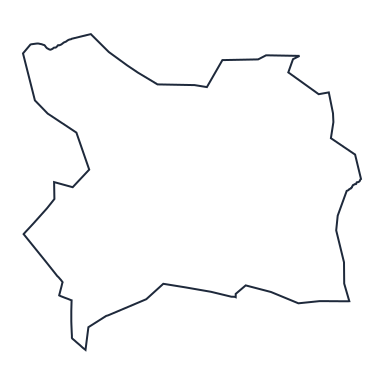 Tolbo, Bayan-Ölgiy, Mongolia (Albers equal-area conic projection)
{"feature_id": "93677404B88503243621788", "entity_name": "Tolbo", "entity_type": "district", "adm_level": 2, "iso_a3": "MNG", "parent_name": "Mongolia", "parent_adm1": "Bayan-Ölgiy", "projection": "albers", "projection_center": [90.293, 48.38], "detail": "fine", "context": "isolated", "style": "outline", "palette": "slate", "viewbox_px": 384, "rotation_deg": 0, "n_neighbors": 0, "source": "geoboundaries", "source_scale": "gbopen_adm2", "svg_char_len": 2110}
<svg xmlns="http://www.w3.org/2000/svg" viewBox="0 0 384 384"><path d="M85.5,349.9L88.4,327.2L106.2,315.9L108.0,315.4L146.3,299.2L163.3,283.8L185.6,287.4L211.0,291.8L231.3,296.7L234.7,296.8L235.7,297.2L235.7,293.9L245.7,285.4L271.0,292.0L298.4,303.3L319.8,301.1L347.9,301.3L349.3,301.2L344.2,283.6L344.0,262.3L336.2,230.4L337.7,215.7L346.7,190.9L347.6,190.5L348.3,190.2L348.8,189.8L349.0,189.4L349.3,189.2L349.7,189.0L350.4,188.6L350.8,188.5L351.0,188.3L351.1,187.9L351.6,187.7L351.9,187.4L352.1,186.5L352.4,186.1L352.8,185.6L352.9,185.2L353.3,185.1L353.8,184.8L354.1,184.6L354.4,184.3L354.9,184.1L355.5,184.1L355.9,184.1L356.2,183.9L356.3,183.5L356.4,183.0L356.5,182.8L356.7,182.4L357.1,182.2L357.8,182.2L358.3,182.1L358.7,181.8L359.2,181.6L359.8,180.9L360.1,180.1L360.3,179.6L361.0,179.0L355.1,154.6L330.9,138.2L333.4,122.1L333.0,113.3L328.8,92.4L318.7,94.2L288.3,72.4L293.0,59.2L299.5,55.9L266.1,55.3L258.1,59.4L222.4,60.1L206.9,87.1L194.6,85.1L157.5,84.4L137.9,72.6L127.2,65.4L108.8,52.0L90.8,34.1L71.6,38.8L71.3,39.1L70.7,39.3L70.0,39.4L69.3,39.6L68.5,39.9L67.3,40.6L66.2,41.5L64.8,42.1L64.0,42.4L63.3,42.9L62.3,43.7L61.4,44.4L60.1,45.0L59.1,45.3L58.7,45.3L58.5,45.2L58.3,45.2L58.2,45.2L57.9,45.3L57.0,46.5L55.8,47.5L55.4,47.6L54.7,47.6L53.9,47.7L53.1,48.3L52.6,48.8L51.7,49.2L50.8,49.6L50.2,49.7L49.2,49.4L48.5,49.0L47.0,48.2L46.2,47.4L45.5,46.5L45.2,46.1L44.9,45.6L44.3,45.1L43.2,44.8L41.6,44.2L40.0,43.9L38.8,43.6L37.7,43.5L36.3,43.6L31.2,44.3L30.4,44.6L23.0,53.4L34.9,100.4L47.7,113.6L76.4,132.6L89.2,169.6L72.7,187.2L54.1,182.1L54.4,199.0L47.0,208.3L33.2,223.7L25.1,232.4L24.7,232.9L23.8,233.8L23.6,234.1L46.2,262.1L55.9,274.3L57.2,276.0L57.9,276.6L58.9,277.6L59.8,278.7L60.8,279.8L62.6,282.2L62.2,283.4L61.4,286.8L60.6,289.8L59.9,292.6L59.4,294.4L59.2,295.4L60.6,296.1L62.9,297.0L65.2,297.9L67.7,298.8L69.7,299.6L70.9,300.1L71.6,300.3L71.5,303.5L71.4,307.4L71.3,310.9L71.3,314.1L71.3,317.5L71.3,321.2L71.4,324.4L71.5,326.9L71.6,329.4L71.7,332.0L71.9,335.6L71.9,337.9L72.3,338.6L74.7,340.6L76.7,342.4L80.0,345.2L82.6,347.6L84.1,348.8L85.5,349.9Z" fill="none" stroke="#1e293b" stroke-width="2"/></svg>